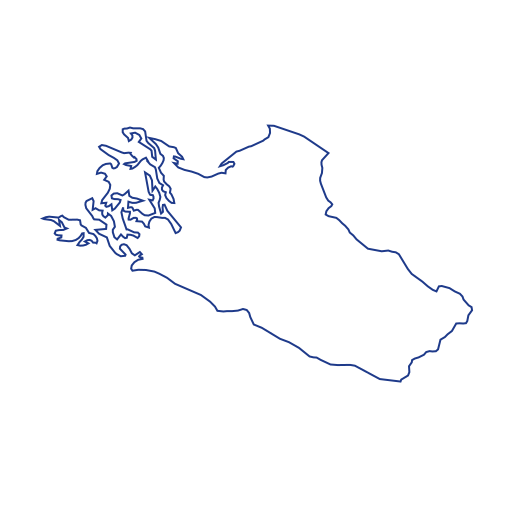 map outline of Marlborough District (orthographic projection), rotated 261°
{"feature_id": "NZL-3401", "entity_name": "Marlborough District", "entity_type": "Unitary Authority", "adm_level": 1, "iso_a3": "NZL", "parent_name": "New Zealand", "parent_adm1": "", "projection": "orthographic", "projection_center": [173.864, -41.59], "detail": "fine", "context": "isolated", "style": "outline", "palette": "blue", "viewbox_px": 512, "rotation_deg": 261, "n_neighbors": 0, "source": "natural_earth", "source_scale": "10m", "svg_char_len": 6108}
<svg xmlns="http://www.w3.org/2000/svg" viewBox="0 0 512 512"><g transform="rotate(261 256 256)"><path d="M260.8,131.7L263.0,130.7L266.1,131.8L268.9,134.9L270.7,139.0L270.9,143.5L272.1,143.5L273.0,141.2L273.8,140.5L274.7,141.2L275.6,143.5L278.1,141.9L275.6,136.4L278.1,133.8L282.8,132.2L286.9,129.9L288.3,127.4L288.1,125.0L286.7,123.3L284.5,122.7L277.8,127.4L276.7,126.8L276.9,122.4L279.7,118.7L281.2,117.4L288.8,113.1L297.7,111.6L302.5,104.5L306.9,101.5L306.2,112.2L310.4,113.2L316.4,106.8L317.5,101.9L318.5,101.3L321.1,100.5L329.7,95.8L333.2,95.5L335.3,96.0L336.8,97.2L338.7,103.3L335.6,104.2L327.2,101.9L328.3,105.0L325.6,108.3L324.8,111.6L322.8,110.8L320.9,110.7L319.2,111.5L317.5,113.2L319.5,116.1L321.1,116.4L318.2,119.2L312.5,121.1L306.9,121.2L304.4,118.7L301.8,118.3L296.7,119.1L294.1,121.4L298.4,126.0L295.9,127.7L294.1,129.5L294.2,131.2L297.2,132.4L296.6,135.3L295.4,138.0L292.3,141.9L293.8,143.7L295.8,144.3L297.6,143.0L298.4,139.4L302.4,133.4L302.5,132.3L314.1,130.2L320.2,129.9L324.8,132.4L322.8,132.1L321.3,132.5L320.3,133.9L319.4,138.4L318.0,138.2L313.0,136.0L311.9,135.9L311.5,137.8L312.8,141.1L312.5,143.3L311.8,144.3L310.6,144.3L309.1,143.4L307.8,148.8L305.4,150.3L302.6,151.2L300.8,154.7L303.5,154.7L306.7,156.1L309.3,158.5L310.4,161.7L310.0,164.1L308.3,169.3L307.9,172.1L305.8,174.8L300.8,177.3L291.2,180.2L291.8,182.8L293.0,184.6L296.0,186.4L314.5,175.5L321.0,173.7L321.0,172.1L318.5,171.3L314.2,171.0L312.8,168.9L320.1,168.0L323.8,168.1L326.5,169.7L329.3,170.8L333.5,170.3L337.7,168.9L340.4,167.4L336.7,164.0L347.0,165.1L352.0,163.7L355.9,159.5L336.2,160.0L333.2,160.9L332.7,161.6L332.3,163.6L330.7,164.0L328.8,163.8L327.1,162.6L328.3,159.4L318.9,163.4L314.3,163.2L312.8,156.1L313.7,152.4L315.5,150.3L320.0,146.7L320.3,145.3L319.9,142.4L322.7,141.6L323.6,140.9L323.8,139.5L323.6,137.1L329.6,138.5L327.8,142.2L327.3,145.8L328.3,153.0L331.4,147.3L332.9,142.9L335.2,140.3L340.5,140.3L337.5,135.7L336.7,133.5L339.7,128.8L339.9,125.3L338.4,122.7L335.5,122.7L334.4,125.0L333.7,128.6L332.5,131.0L330.2,129.9L324.9,124.0L323.6,121.2L329.7,121.3L328.2,118.3L328.0,115.9L329.2,115.0L332.0,116.4L332.3,111.5L335.3,112.8L341.6,119.5L345.3,122.1L349.0,123.2L352.3,122.1L355.0,118.0L358.0,121.0L360.9,119.7L362.6,116.0L362.0,111.7L364.6,112.6L367.4,115.3L369.6,118.8L370.4,122.1L370.2,126.5L369.3,127.3L365.6,127.9L364.8,128.9L364.8,130.4L365.6,132.5L368.8,135.2L372.2,134.0L375.1,131.0L378.8,126.2L385.9,119.1L388.4,118.1L389.7,121.1L388.3,125.1L379.3,139.6L378.2,141.8L378.0,146.3L377.5,148.3L376.9,147.8L374.4,149.2L372.3,150.9L372.7,151.5L370.4,153.1L368.7,153.0L367.9,150.7L368.0,141.2L367.4,140.1L366.2,141.8L364.4,146.8L361.7,145.7L361.7,147.6L363.0,150.7L364.3,153.0L368.0,157.1L369.2,159.1L370.3,162.7L366.7,164.1L366.6,163.6L363.1,165.8L359.5,170.1L357.1,170.6L347.9,170.6L343.2,172.0L340.4,175.3L338.3,173.8L336.2,173.5L334.4,174.5L333.1,176.9L330.4,175.8L327.2,176.6L324.1,178.6L321.7,180.9L321.1,183.6L325.2,183.5L330.1,182.1L332.0,180.9L335.8,182.2L338.4,181.2L340.8,179.0L343.9,176.9L345.9,176.7L349.6,177.5L353.1,175.2L358.3,173.8L360.1,176.0L362.5,178.1L365.0,179.7L367.2,180.3L369.4,179.8L371.9,177.5L378.4,176.4L382.1,174.7L389.3,169.1L387.1,174.9L384.4,180.4L377.8,187.4L376.3,191.9L375.2,193.7L369.7,195.2L365.6,198.5L363.0,199.3L363.8,197.0L366.8,191.9L367.2,190.5L365.4,189.9L361.8,193.6L359.4,193.0L360.6,189.6L355.6,193.1L352.2,198.9L349.5,205.5L346.2,211.8L342.0,217.3L341.2,220.2L341.4,224.6L343.3,231.6L343.6,235.0L342.4,238.8L345.7,239.6L347.7,242.4L348.5,245.5L347.9,246.9L348.6,247.8L350.4,249.1L352.4,248.4L353.2,243.8L352.3,242.7L350.8,238.0L350.3,234.4L352.7,236.5L362.2,253.0L362.5,256.3L365.1,266.0L365.2,268.5L368.8,281.2L369.8,282.7L371.4,286.8L375.3,289.1L379.6,289.6L382.9,288.4L381.8,294.1L369.4,317.7L366.4,322.2L346.3,343.7L340.3,336.2L338.4,335.3L335.9,335.0L332.6,335.3L327.6,334.1L323.1,331.6L320.3,331.1L317.3,331.4L302.9,334.5L299.4,336.0L297.3,338.1L295.1,339.4L293.5,338.2L291.9,335.2L289.2,332.5L286.1,331.3L284.0,333.9L281.1,341.3L278.4,343.8L274.9,346.2L271.9,348.8L267.8,351.4L264.5,352.3L261.1,355.3L256.7,357.9L245.7,367.7L241.0,380.9L240.7,387.5L238.9,391.1L237.8,394.6L235.4,397.4L219.5,403.9L213.9,407.0L204.7,416.3L199.2,420.9L194.9,425.3L192.8,428.7L197.4,431.9L197.3,434.8L194.0,442.1L189.9,446.8L186.8,451.5L183.7,453.6L180.5,454.2L174.0,458.3L171.8,460.9L168.6,460.9L164.2,456.5L158.7,454.5L156.8,452.9L156.9,450.1L157.7,446.5L158.0,443.2L151.3,437.8L148.7,433.0L146.4,429.9L144.5,425.1L135.3,421.2L133.8,418.8L134.1,415.4L134.9,412.5L134.5,409.1L132.2,406.4L130.4,400.7L129.9,396.9L128.8,393.9L126.6,393.2L123.2,389.9L117.3,389.3L114.2,387.5L111.2,380.1L109.4,379.1L115.1,359.0L132.2,336.5L133.7,332.0L135.5,319.6L137.2,312.6L143.3,303.6L146.2,300.0L146.9,296.9L148.4,293.2L158.4,284.2L165.7,275.1L170.5,266.7L184.1,250.6L188.7,243.1L196.6,240.8L200.8,240.3L204.1,238.4L205.7,234.8L204.9,229.6L205.3,223.5L206.1,218.5L206.3,215.1L207.9,209.3L212.4,207.6L218.1,203.5L226.1,195.5L241.2,171.7L248.4,164.7L253.7,157.6L256.5,153.2L259.4,145.1L260.8,137.6L260.8,131.7ZM294.7,97.2L296.8,96.0L297.9,94.2L298.0,91.9L297.1,89.3L294.7,92.4L293.7,89.8L293.4,86.8L293.7,84.0L294.7,81.4L297.4,83.9L299.5,86.6L301.9,88.7L305.5,89.3L305.5,87.8L303.3,86.0L301.4,83.6L300.0,80.5L299.5,76.7L299.9,73.3L302.2,64.5L303.1,62.5L304.1,62.8L304.8,66.6L306.7,67.1L307.4,63.9L308.3,61.7L309.8,60.7L312.3,62.2L312.4,65.6L311.9,69.8L312.8,73.5L314.1,71.3L319.7,69.5L322.4,67.1L316.4,67.1L322.0,61.8L323.6,59.2L325.6,52.5L326.4,51.1L327.2,54.5L327.2,57.9L324.8,67.1L325.9,69.5L326.2,71.0L324.4,72.3L321.1,76.7L319.9,85.1L318.8,87.8L314.6,87.8L313.5,88.4L310.4,92.4L304.9,94.7L303.1,98.9L300.9,100.5L298.4,101.6L295.8,101.8L293.5,100.5L294.2,99.7L294.7,97.2ZM399.1,143.7L402.0,144.2L402.4,145.9L402.1,148.5L402.6,151.6L401.3,154.7L400.2,161.6L399.0,164.3L396.4,166.0L386.9,165.9L384.5,167.2L378.5,172.3L375.7,172.8L366.9,172.2L370.2,169.0L376.3,169.3L377.9,168.3L387.0,158.1L390.0,161.1L393.8,159.7L396.7,155.9L396.6,151.6L394.4,152.8L392.3,152.5L390.5,151.0L389.4,148.4L392.6,148.1L396.8,144.7L399.1,143.7Z" fill="none" stroke="#1e3a8a" stroke-width="2"/></g></svg>